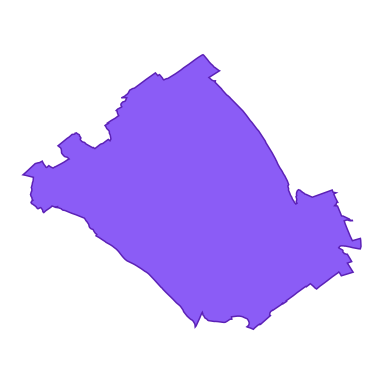 the district of Stauceni, Botosani, Romania
{"feature_id": "2599482B98332276740934", "entity_name": "Stauceni", "entity_type": "district", "adm_level": 2, "iso_a3": "ROU", "parent_name": "Romania", "parent_adm1": "Botosani", "projection": "robinson", "projection_center": [26.772, 47.732], "detail": "fine", "context": "isolated", "style": "filled", "palette": "violet", "viewbox_px": 384, "rotation_deg": 0, "n_neighbors": 0, "source": "geoboundaries", "source_scale": "gbopen_adm2", "svg_char_len": 5899}
<svg xmlns="http://www.w3.org/2000/svg" viewBox="0 0 384 384"><path d="M341.3,275.8L353.1,272.2L347.4,263.1L351.7,261.6L350.3,259.1L347.3,254.2L346.5,254.3L346.1,254.2L345.7,253.9L345.3,253.9L344.2,253.6L344.1,253.3L343.8,252.8L342.9,252.1L342.9,250.4L342.5,250.0L340.4,248.8L339.0,248.1L338.7,247.7L339.3,247.1L339.5,246.6L340.4,246.0L341.3,245.8L343.7,245.9L344.6,246.1L345.0,246.0L349.7,246.9L352.4,247.6L358.8,248.8L360.3,248.9L361.0,246.4L360.7,240.3L360.4,238.4L352.4,240.7L350.3,236.4L347.1,228.7L345.0,223.4L344.2,220.8L347.2,219.9L348.6,220.4L350.3,220.8L352.4,220.7L352.3,220.3L350.6,220.4L349.7,219.5L349.3,219.0L348.6,218.7L343.2,216.1L341.5,215.9L340.4,213.0L337.5,206.0L334.6,205.7L335.1,205.1L336.1,204.6L336.1,204.2L336.8,202.3L337.7,202.3L335.5,198.0L333.8,194.1L333.8,193.9L336.1,192.8L333.0,192.2L332.2,190.0L312.3,197.2L306.1,194.4L304.8,194.0L303.8,193.0L302.9,192.6L302.2,191.9L301.5,191.7L301.1,191.1L300.4,190.4L298.5,189.7L297.4,190.7L296.7,192.3L296.5,193.5L296.5,194.9L296.7,195.7L296.0,196.6L296.7,199.0L296.7,200.1L296.2,201.4L297.0,203.3L295.8,204.0L294.5,202.5L293.6,200.8L292.4,199.1L291.7,197.1L290.5,195.2L290.0,193.8L288.5,190.2L288.6,188.5L288.1,187.1L287.9,185.9L288.7,184.7L287.3,180.8L286.0,178.3L284.8,175.9L283.6,174.1L282.1,171.2L279.8,167.7L278.7,165.7L277.8,164.1L276.4,160.8L275.9,160.1L275.7,159.5L275.7,159.4L272.0,152.6L265.9,142.7L265.6,142.1L265.5,141.5L265.1,140.8L258.5,130.7L258.0,130.3L257.7,129.8L257.0,129.1L251.9,122.4L250.2,120.5L246.7,115.7L242.9,110.9L237.6,105.5L231.2,99.0L230.2,98.0L230.0,97.6L227.5,95.4L227.0,95.2L226.1,94.3L222.3,90.0L221.4,88.7L218.6,85.9L215.4,82.6L215.0,82.0L215.2,81.8L215.4,80.8L213.6,80.9L211.9,80.1L208.9,77.5L219.5,70.8L218.9,70.5L214.9,67.5L214.3,67.3L212.6,65.3L211.1,64.0L209.3,62.1L207.5,59.7L203.9,55.4L203.0,54.7L201.8,55.2L198.3,57.4L195.7,59.2L188.8,64.3L183.8,67.7L180.9,70.0L175.6,73.7L167.8,78.5L166.3,78.7L165.1,79.3L164.7,79.4L163.9,79.9L163.4,79.6L163.0,79.2L162.7,78.4L160.1,75.2L159.3,74.6L157.9,75.7L155.4,72.9L146.3,79.3L134.9,87.8L134.3,88.2L133.1,88.4L131.9,88.9L131.4,89.3L130.3,89.8L129.7,90.2L128.8,91.9L128.3,92.9L127.4,94.0L125.4,95.5L124.9,96.1L121.3,97.9L123.5,97.7L126.7,97.8L125.6,100.4L125.0,101.2L124.0,101.6L123.0,101.8L121.6,103.1L121.1,103.8L120.9,104.5L120.9,105.0L121.2,105.7L121.8,106.8L121.1,107.3L120.3,107.6L119.6,108.1L117.9,108.9L116.7,110.0L116.2,110.6L117.0,111.0L117.2,111.4L117.3,112.5L117.5,113.1L117.7,113.7L118.7,115.7L118.1,116.0L115.4,118.1L111.2,120.5L107.5,123.0L108.3,123.5L106.4,124.5L105.0,125.5L105.9,126.7L106.7,128.4L107.0,128.8L107.9,129.6L109.1,131.0L109.3,131.5L109.4,131.9L109.3,132.7L109.4,133.3L110.2,134.9L110.3,135.4L110.9,138.9L110.8,139.3L110.0,140.8L108.3,139.4L105.4,141.5L103.1,143.3L102.6,143.5L100.7,144.1L100.1,144.5L94.9,148.6L93.3,147.5L92.9,147.8L91.0,146.8L86.4,144.2L85.7,143.7L85.3,143.1L84.0,142.2L83.0,142.1L81.8,141.4L80.3,139.7L80.4,138.6L80.8,138.3L80.9,137.9L80.3,136.9L79.5,136.0L79.5,135.8L79.6,135.5L79.3,134.8L78.9,134.5L77.9,134.0L76.8,133.3L76.5,132.9L75.1,133.2L75.0,133.7L74.8,134.0L73.8,134.3L72.1,134.4L69.2,137.0L67.1,138.4L58.0,145.8L60.4,147.7L60.9,148.4L61.2,149.2L61.3,150.0L61.5,150.9L61.5,152.2L61.6,152.8L61.7,153.2L62.8,154.7L64.1,156.1L64.6,156.5L65.0,156.7L67.1,157.2L68.2,158.1L69.1,159.0L67.5,159.8L64.4,161.9L61.2,163.7L55.7,166.6L55.1,166.9L54.8,166.9L53.2,168.0L52.7,167.9L50.5,166.8L48.8,165.6L46.9,167.4L46.5,167.5L45.9,167.2L45.5,166.4L44.1,164.6L43.3,163.3L42.2,161.1L41.5,161.6L40.3,162.1L39.7,162.6L38.1,162.8L35.2,163.6L26.1,172.1L23.0,174.8L25.5,175.3L33.4,177.3L33.1,181.0L32.3,183.2L32.4,183.7L32.2,184.5L31.3,187.7L31.7,188.4L31.9,190.2L31.6,191.4L31.4,191.9L31.2,192.0L31.0,192.8L31.0,193.0L30.7,194.0L30.5,194.6L30.7,195.0L30.9,195.8L31.3,196.7L31.8,197.4L32.2,199.4L32.9,200.2L32.0,200.7L31.8,201.0L31.7,201.6L31.3,202.1L31.0,202.2L31.0,202.5L31.2,202.8L31.5,203.4L31.9,203.8L32.6,204.1L36.0,206.6L36.3,206.9L36.5,207.6L38.0,208.8L40.4,207.6L40.8,207.6L41.4,208.4L42.2,209.4L42.6,210.0L42.7,211.2L42.9,211.4L43.0,211.9L43.8,212.6L45.7,210.8L50.9,207.2L52.0,206.0L54.6,206.9L56.9,206.8L57.6,206.6L57.6,206.8L56.5,207.5L58.6,207.8L61.3,208.8L61.6,209.2L62.8,210.1L65.0,210.5L71.8,213.3L76.1,214.8L84.3,218.1L84.7,218.5L86.0,220.7L87.2,222.0L87.4,222.5L88.4,223.8L88.9,225.1L89.2,226.5L89.6,227.4L90.6,228.4L91.1,228.8L93.1,229.5L93.8,231.0L95.1,233.0L95.4,233.3L96.8,234.4L96.0,235.8L99.0,237.5L102.9,240.1L105.1,241.5L105.7,242.1L106.5,242.6L110.3,244.7L112.6,246.2L113.8,247.2L116.4,249.2L118.5,251.4L122.4,256.4L124.0,258.2L125.2,259.4L127.0,260.8L133.2,263.8L135.2,264.9L141.1,268.6L144.9,271.3L146.5,272.2L148.1,273.4L149.0,274.2L153.2,278.6L161.0,287.2L162.4,288.4L162.9,289.2L166.0,292.4L172.6,298.8L176.4,302.8L179.9,305.7L180.9,306.9L182.5,309.2L183.2,310.3L183.3,310.8L183.8,311.9L187.1,316.1L189.7,318.5L191.3,319.7L191.7,319.8L192.9,320.8L194.2,322.8L194.8,324.0L195.0,324.7L195.2,327.0L196.1,325.9L199.6,318.3L201.4,314.0L202.3,312.3L202.8,313.7L202.9,314.7L203.2,315.3L204.0,316.1L204.6,317.4L205.1,318.1L206.6,318.9L207.9,320.3L208.6,320.6L214.4,321.5L214.9,321.4L217.8,321.6L223.7,322.4L224.5,322.4L225.4,322.2L227.0,321.3L229.8,319.4L230.6,319.2L231.8,319.2L231.5,316.8L237.3,316.1L239.5,316.1L241.8,316.5L243.2,317.0L243.9,317.4L247.0,318.7L247.4,319.0L248.4,320.6L248.8,321.6L249.1,322.4L249.2,323.3L249.0,324.4L248.4,325.6L246.9,326.8L247.8,327.2L250.1,327.9L253.4,329.3L254.5,328.1L257.9,325.2L259.0,324.4L259.6,324.1L259.6,324.6L260.5,324.4L270.4,315.6L269.6,315.0L269.8,314.5L269.8,313.1L270.7,311.5L272.6,310.1L272.8,310.3L282.0,304.1L281.9,303.7L282.7,303.1L283.0,303.8L286.6,301.4L286.2,300.8L294.4,294.8L297.0,292.7L299.2,291.1L304.6,287.2L305.9,286.4L306.3,286.8L310.4,283.7L313.6,286.5L314.8,287.8L316.6,289.0L320.0,286.1L324.4,282.9L332.6,276.6L338.1,272.7L338.8,272.0L339.8,273.2L341.3,275.8Z" fill="#8b5cf6" stroke="#5b21b6" stroke-width="1.5"/></svg>